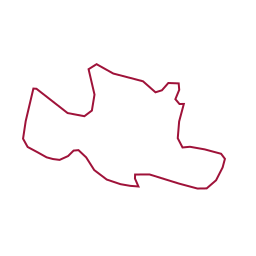 SVG path tracing the border of East Dunbartonshire, rotated 15°
{"feature_id": "GBR-2002", "entity_name": "East Dunbartonshire", "entity_type": "Unitary District", "adm_level": 1, "iso_a3": "GBR", "parent_name": "United Kingdom", "parent_adm1": "", "projection": "natural_earth1", "projection_center": [-4.202, 55.959], "detail": "fine", "context": "isolated", "style": "outline", "palette": "rose", "viewbox_px": 256, "rotation_deg": 15, "n_neighbors": 0, "source": "natural_earth", "source_scale": "10m", "svg_char_len": 743}
<svg xmlns="http://www.w3.org/2000/svg" viewBox="0 0 256 256"><g transform="rotate(15 128 128)"><path d="M165.4,71.8L167.6,77.9L166.3,87.9L171.5,91.5L175.7,90.3L175.7,108.4L178.7,125.0L185.7,132.7L192.7,130.1L207.6,128.8L224.6,128.8L229.6,132.7L229.6,141.6L226.6,155.7L219.6,166.0L210.7,168.5L191.7,168.5L160.8,167.3L146.9,171.1L147.8,175.0L153.2,181.8L145.1,183.3L135.3,184.2L120.8,183.3L106.3,177.4L95.2,167.2L85.9,162.2L81.3,163.9L77.4,170.6L70.2,176.5L63.6,177.4L57.0,177.4L47.1,174.9L36.0,172.3L34.6,170.9L29.4,165.5L27.4,147.8L26.4,114.4L29.4,113.8L65.8,129.2L82.8,127.9L88.6,120.5L87.0,104.4L74.7,81.4L81.1,74.5L99.7,79.2L130.4,79.0L145.3,86.4L151.0,82.8L155.3,74.1L165.4,71.8Z" fill="none" stroke="#9f1239" stroke-width="2"/></g></svg>